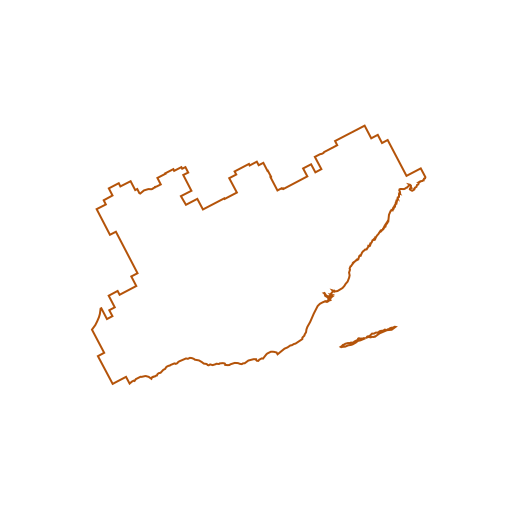 Carnarvon, Western Australia, Australia, rotated 242°
{"feature_id": "25037944B73025640718230", "entity_name": "Carnarvon", "entity_type": "district", "adm_level": 2, "iso_a3": "AUS", "parent_name": "Australia", "parent_adm1": "Western Australia", "projection": "orthographic", "projection_center": [113.812, -24.467], "detail": "fine", "context": "isolated", "style": "outline", "palette": "amber", "viewbox_px": 512, "rotation_deg": 242, "n_neighbors": 0, "source": "geoboundaries", "source_scale": "gbopen_adm2", "svg_char_len": 6152}
<svg xmlns="http://www.w3.org/2000/svg" viewBox="0 0 512 512"><g transform="rotate(242 256 256)"><path d="M282.5,94.1L278.2,91.0L275.7,88.6L272.8,85.0L270.4,81.6L268.0,76.6L241.8,76.5L241.8,69.4L210.4,69.4L210.3,84.5L202.7,84.5L203.4,87.7L203.3,89.7L202.7,90.1L203.7,92.1L203.6,97.3L203.0,98.2L202.0,101.8L201.6,102.5L199.7,104.5L196.7,106.0L197.7,107.2L197.7,108.4L197.3,108.8L197.5,109.6L197.1,110.2L197.3,111.4L197.0,112.4L197.8,113.3L198.1,114.3L198.2,115.2L197.7,116.9L199.0,120.7L199.0,122.9L199.9,124.2L200.2,125.6L200.1,127.3L199.7,128.4L199.9,129.3L199.5,133.3L199.3,133.9L198.6,134.2L198.4,134.8L198.3,136.2L198.9,137.5L199.0,138.9L198.4,146.1L197.2,147.6L197.1,149.8L196.0,151.4L194.4,152.8L193.2,153.3L190.6,156.6L187.9,158.3L185.5,159.4L184.0,161.5L183.2,162.0L182.4,162.1L181.7,162.9L181.8,164.6L180.0,166.5L179.4,169.6L179.5,170.4L178.2,172.3L178.0,172.9L178.2,173.5L177.0,176.4L175.8,177.9L174.8,178.0L174.3,177.7L172.9,179.8L172.2,181.4L172.4,182.5L171.6,187.0L169.9,189.8L168.3,191.2L167.2,192.7L167.3,194.1L166.6,195.7L167.3,200.2L166.0,205.5L164.8,207.6L164.2,207.3L163.1,207.6L162.3,208.8L162.9,210.2L162.9,213.0L162.1,214.0L164.4,219.2L164.6,220.3L164.5,224.2L163.1,226.7L161.1,228.9L159.1,228.9L160.8,237.7L160.5,240.9L160.9,244.3L160.4,245.7L160.5,248.2L160.1,249.8L160.9,257.9L162.2,258.7L163.0,261.4L163.8,262.0L165.2,264.4L167.5,266.1L169.3,268.1L172.3,272.8L178.1,280.1L182.9,287.0L183.8,290.0L183.8,292.7L183.6,295.0L182.8,296.5L183.2,296.2L182.6,298.5L182.6,297.0L182.8,296.8L182.5,296.8L182.6,296.5L182.4,296.7L182.4,298.0L182.1,298.0L182.3,299.5L182.4,299.1L182.6,299.7L183.7,299.6L183.6,300.1L185.3,300.2L188.3,298.4L190.7,298.9L191.3,298.6L191.2,299.1L188.7,299.3L187.2,299.9L186.8,300.6L185.5,300.9L185.0,301.8L185.7,302.3L186.1,302.1L185.9,303.2L185.3,304.0L185.6,304.9L185.7,303.9L185.8,304.7L186.2,304.0L187.1,303.7L186.9,304.0L187.5,304.4L188.4,306.9L189.3,307.4L189.8,307.3L189.4,307.7L188.6,307.8L188.6,308.5L188.0,308.5L188.2,309.0L187.6,309.2L186.8,311.5L187.1,317.3L188.1,320.0L189.3,322.0L190.4,324.9L193.2,328.1L195.0,329.6L197.7,330.4L199.7,332.5L201.0,332.8L202.5,334.6L202.4,335.2L203.7,337.5L203.8,338.3L204.1,338.7L204.5,338.6L204.7,339.4L204.5,339.8L205.6,343.8L205.4,344.1L205.0,343.7L205.0,344.7L207.9,347.6L207.3,347.3L207.8,348.4L207.7,348.6L206.5,347.8L209.2,351.2L209.9,352.8L210.1,354.4L210.5,355.0L210.1,356.0L210.3,356.8L210.0,356.5L209.9,356.8L211.3,359.2L212.2,359.9L211.6,360.5L212.2,361.3L211.0,360.9L213.3,363.4L213.7,364.5L215.2,366.3L215.1,366.6L215.7,368.4L214.9,367.9L214.8,368.7L214.7,367.6L214.6,368.4L214.2,368.2L215.7,370.0L216.3,370.2L216.1,370.5L217.3,372.5L217.9,374.3L220.0,378.1L220.0,379.3L219.5,377.8L219.3,378.3L219.3,377.6L219.0,377.7L219.2,378.4L219.6,378.4L219.8,380.9L220.5,381.9L220.3,380.9L220.5,381.0L220.7,381.7L222.4,383.9L220.8,382.3L220.9,382.8L222.4,384.3L221.3,383.9L221.2,384.1L222.8,385.6L222.6,385.3L223.0,385.5L222.5,384.7L222.8,384.7L224.9,388.7L225.7,389.5L224.5,388.7L224.4,389.0L230.0,392.8L232.8,396.3L232.2,396.0L233.1,397.2L232.2,398.0L233.0,398.7L232.6,398.7L232.8,399.3L234.1,400.3L233.6,400.2L234.2,401.2L234.7,401.0L235.5,402.1L235.4,402.4L234.9,402.1L234.1,401.2L234.3,401.9L236.1,403.0L237.3,405.0L237.7,405.0L237.2,404.6L237.5,404.5L238.0,405.1L238.4,405.7L237.6,405.6L240.5,408.1L240.2,408.2L240.7,408.3L241.5,410.1L241.4,410.2L243.5,411.3L243.8,411.8L243.5,412.1L244.1,412.0L244.0,412.8L245.4,413.3L246.7,413.3L247.5,414.1L247.3,415.1L245.6,418.1L245.5,419.5L245.7,420.7L245.5,421.7L246.0,422.5L246.1,423.6L246.5,424.8L247.3,424.6L246.5,425.5L245.3,425.8L244.0,425.1L243.1,425.2L243.4,423.7L242.6,423.1L240.6,424.2L240.2,424.8L240.5,426.5L240.9,427.0L240.6,427.2L241.7,428.5L241.7,430.1L243.1,431.5L243.0,432.9L244.5,434.4L244.5,435.0L244.7,434.7L244.8,436.2L244.1,438.3L244.6,439.5L244.3,439.7L245.4,440.7L245.2,441.7L246.1,442.6L246.6,442.6L256.0,442.6L256.1,426.5L296.6,426.7L296.6,420.3L305.8,420.4L305.8,413.0L320.1,413.1L320.4,379.8L315.7,379.7L315.8,364.9L315.3,364.0L315.3,362.0L315.8,360.5L315.9,354.5L302.0,354.5L302.0,347.7L311.1,347.7L311.2,338.7L302.2,338.7L302.3,311.8L302.7,311.8L302.7,311.3L303.2,311.3L303.4,310.2L303.8,310.2L303.8,305.7L318.9,305.8L318.9,306.5L325.8,306.5L325.8,306.1L334.8,306.2L334.9,301.0L338.9,301.0L338.9,292.9L340.6,293.0L340.7,276.8L337.2,276.8L337.3,268.9L321.0,268.9L321.1,255.1L321.8,255.1L322.0,231.0L334.0,231.0L334.1,218.2L344.1,217.8L343.9,229.6L361.7,229.8L361.5,235.3L367.6,235.4L367.7,231.8L369.5,231.8L369.6,223.7L371.5,223.8L371.6,214.7L371.1,214.7L371.2,205.6L363.9,205.5L364.0,200.6L364.4,199.3L364.0,199.0L364.1,197.0L363.8,196.2L364.1,194.9L365.6,192.4L366.5,187.9L365.5,183.1L366.3,182.5L370.9,182.6L370.9,180.3L380.9,180.4L381.1,168.9L384.7,169.0L384.8,157.8L376.8,157.7L376.7,147.9L377.6,147.7L372.0,147.6L372.2,137.3L343.3,137.0L343.2,143.7L296.4,143.3L296.5,136.3L285.7,136.2L285.8,117.4L290.1,117.4L290.1,107.3L277.0,107.2L277.0,101.0L270.3,101.0L270.3,94.8L282.5,94.9L282.5,94.1ZM130.5,335.3L130.4,333.1L131.2,331.3L131.5,329.7L131.2,329.4L131.3,327.3L132.1,325.8L132.1,323.7L133.0,322.1L132.1,319.0L131.9,318.9L132.6,316.8L132.6,316.3L132.2,316.1L132.0,314.5L131.8,317.2L130.3,319.1L130.2,320.3L129.2,322.1L129.2,323.0L128.9,323.2L129.7,328.9L129.0,336.8L127.2,341.2L127.9,345.9L128.4,345.3L128.5,343.0L129.1,341.9L129.3,340.0L129.0,339.2L129.4,337.9L129.3,336.4L129.8,335.6L130.5,335.3ZM132.7,303.5L133.2,306.1L132.5,308.6L132.0,314.0L133.0,312.3L132.9,311.4L133.5,310.7L133.5,310.1L135.1,308.2L135.1,307.4L134.5,307.2L134.2,306.6L134.3,302.9L133.9,301.1L134.7,299.7L135.0,298.9L134.8,298.6L136.0,296.2L136.6,293.6L136.4,292.2L136.7,291.1L136.1,289.3L136.0,288.1L135.5,288.4L135.1,289.9L134.1,292.2L133.8,295.6L132.9,298.1L132.6,299.8L132.7,303.5ZM184.7,303.8L184.3,303.1L184.9,303.4L184.5,302.5L184.9,301.9L185.0,300.9L183.4,300.9L183.2,301.1L183.4,301.6L182.6,301.0L184.1,302.6L184.4,304.3L184.7,303.8ZM184.8,302.9L185.3,303.1L185.9,302.6L185.1,302.0L184.6,302.5L184.8,302.9ZM223.9,387.8L224.0,387.3L223.6,386.7L223.4,386.9L223.2,386.3L223.1,386.9L223.9,387.8ZM183.4,300.2L182.3,300.2L182.2,300.6L183.4,300.2Z" fill="none" stroke="#b45309" stroke-width="2"/></g></svg>